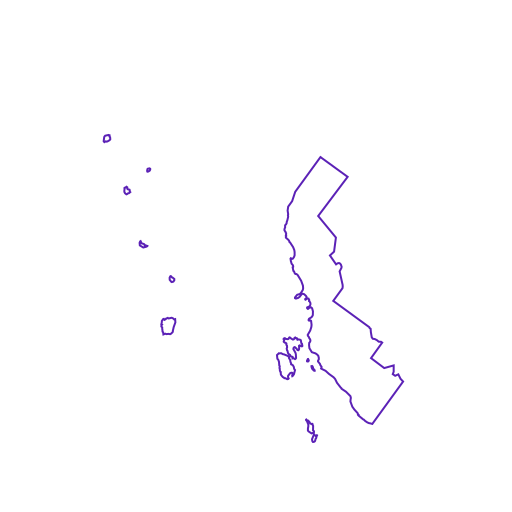 the district of Wewak District, East Sepik, Papua New Guinea, rotated 216°
{"feature_id": "67681753B19768820203242", "entity_name": "Wewak District", "entity_type": "district", "adm_level": 2, "iso_a3": "PNG", "parent_name": "Papua New Guinea", "parent_adm1": "East Sepik", "projection": "equal_earth", "projection_center": [143.741, -3.588], "detail": "fine", "context": "isolated", "style": "outline", "palette": "violet", "viewbox_px": 512, "rotation_deg": 216, "n_neighbors": 0, "source": "geoboundaries", "source_scale": "gbopen_adm2", "svg_char_len": 6148}
<svg xmlns="http://www.w3.org/2000/svg" viewBox="0 0 512 512"><g transform="rotate(216 256 256)"><path d="M63.2,240.9L66.9,241.6L71.3,243.9L73.0,240.9L75.9,240.8L76.6,243.3L80.3,248.4L86.4,240.7L102.9,241.0L103.0,260.1L104.4,260.1L106.4,258.8L108.7,259.0L111.2,258.6L112.8,257.7L114.5,258.2L118.3,261.9L120.5,264.5L121.7,264.5L122.6,265.0L167.1,265.1L167.1,280.8L167.8,282.1L168.9,283.5L179.3,292.7L179.9,296.6L180.4,297.6L182.2,298.9L183.5,299.3L184.7,299.1L185.5,298.3L186.0,297.3L186.3,296.3L196.5,299.9L195.4,305.4L202.2,317.9L229.2,324.9L228.4,373.9L262.0,373.9L262.0,331.0L259.0,321.6L259.0,314.9L257.1,311.3L254.5,308.7L254.2,307.8L253.3,307.0L252.9,306.3L251.6,303.2L251.2,301.7L250.5,300.5L250.3,299.2L250.5,298.7L250.4,297.8L249.2,296.2L249.0,295.1L248.3,293.7L247.4,293.2L246.3,292.9L245.7,292.3L245.1,292.2L244.5,291.5L244.0,290.2L243.3,290.0L243.1,288.9L242.5,288.4L239.3,288.1L238.1,287.7L237.0,286.9L236.4,287.0L231.2,285.0L228.5,283.3L227.1,281.9L225.2,279.3L224.7,277.7L224.6,275.7L224.8,275.2L225.2,274.8L226.5,274.7L226.5,274.1L224.4,272.0L224.1,271.9L223.1,271.0L222.4,270.6L220.9,270.3L219.9,269.6L219.5,268.9L219.7,268.4L217.0,265.9L216.1,265.9L214.9,265.0L213.6,264.6L212.6,265.2L211.1,265.1L204.9,262.5L200.6,259.6L198.9,257.6L198.2,256.1L198.0,253.6L198.0,252.4L198.2,251.0L199.9,248.8L200.1,245.4L199.6,244.8L198.7,245.0L197.3,246.8L196.7,248.6L196.6,252.2L196.2,252.8L194.6,253.4L192.2,253.1L191.1,252.7L190.7,252.2L190.6,251.0L190.9,250.1L190.7,249.8L190.3,249.7L190.1,250.0L190.0,250.6L189.3,252.0L188.5,252.4L187.1,251.7L186.9,251.1L186.6,250.7L186.1,250.8L184.3,249.9L183.5,248.8L183.2,247.8L183.2,246.4L184.2,244.9L184.4,244.4L183.9,243.8L182.9,243.7L182.7,244.0L182.7,244.8L182.2,245.7L181.3,246.8L179.9,246.7L177.4,244.7L175.3,241.6L175.1,240.7L175.1,239.1L176.2,236.4L176.0,235.4L175.6,234.9L175.0,234.9L174.1,235.9L173.3,235.9L170.6,233.0L169.5,231.1L168.3,227.5L167.8,222.6L167.2,222.0L165.3,221.4L164.4,220.7L163.4,220.5L162.6,219.9L162.1,219.3L161.8,218.1L161.9,217.0L160.7,215.1L158.6,212.8L154.3,211.0L150.6,212.2L148.5,212.2L147.0,211.9L145.4,210.6L144.5,209.4L144.2,207.6L143.8,207.1L140.8,206.3L139.9,205.6L137.7,204.8L137.3,203.9L137.3,203.3L137.1,203.2L132.2,204.0L127.7,203.5L121.9,203.5L119.7,203.0L115.9,201.0L110.0,199.3L109.3,199.3L108.7,198.9L103.4,199.1L97.2,198.1L95.8,196.9L95.3,195.8L94.1,193.8L89.5,190.7L86.2,189.6L81.4,188.6L80.9,188.3L80.3,187.5L80.0,187.4L79.5,187.7L79.1,187.2L73.4,186.8L72.6,187.0L70.8,186.7L68.2,186.8L66.3,187.2L65.4,187.7L63.2,188.5L63.2,240.9ZM163.1,173.8L162.2,174.0L161.2,173.8L160.4,174.4L158.3,174.7L157.6,175.5L157.6,176.1L158.0,176.2L159.1,177.1L159.6,177.9L159.6,178.4L159.5,181.3L158.9,182.3L158.0,182.8L157.2,182.5L156.4,180.4L156.0,180.1L155.8,180.6L155.8,182.6L157.4,186.7L158.8,187.1L160.1,188.4L161.7,189.2L162.3,189.3L163.9,189.0L164.4,189.7L165.9,190.6L167.2,191.9L169.3,192.8L169.7,193.5L170.1,193.7L171.7,193.8L175.5,192.9L176.4,192.4L178.6,192.1L179.8,190.9L180.3,190.8L180.8,188.2L178.3,185.4L177.1,185.2L175.2,183.9L172.8,181.1L172.0,180.8L171.2,179.2L170.8,179.1L169.3,177.3L168.2,176.6L167.8,176.7L166.4,174.9L165.5,174.4L163.1,173.8ZM166.9,195.8L166.2,194.6L165.4,195.4L163.8,195.5L163.6,195.9L163.6,197.0L166.0,199.9L167.2,200.9L171.1,202.7L171.6,204.0L171.5,204.5L171.1,205.1L168.8,204.9L167.1,204.3L166.3,204.7L166.3,205.6L166.9,206.8L168.4,208.6L168.3,209.1L168.0,209.5L166.6,209.5L166.0,209.7L165.6,210.1L165.6,210.5L167.2,212.0L168.2,212.2L170.2,214.2L171.0,214.2L172.5,213.6L173.2,212.6L173.5,212.6L174.2,213.4L174.8,213.5L175.5,212.9L176.4,213.1L176.7,212.3L176.4,211.6L176.5,210.8L177.0,210.1L178.8,209.9L180.9,210.0L181.2,209.5L181.0,208.0L181.4,207.4L183.3,206.4L184.4,206.5L184.9,205.8L184.9,205.2L184.2,205.3L183.9,205.0L183.4,203.2L183.1,202.9L181.8,202.8L181.1,203.2L180.0,203.1L179.3,202.0L178.3,201.7L177.2,200.5L176.8,199.2L175.5,198.0L174.8,197.8L173.1,196.3L171.4,195.8L170.5,196.0L168.8,195.3L168.3,195.3L167.4,195.8L166.9,195.8ZM291.7,145.0L291.7,144.3L291.1,143.3L289.9,143.1L288.8,141.6L288.2,141.2L287.6,140.3L287.0,139.8L286.3,139.7L284.8,138.1L283.8,139.8L282.6,140.1L281.1,141.5L279.5,142.3L279.1,143.1L278.7,145.3L278.8,145.9L279.3,146.6L280.8,150.1L282.2,154.9L284.3,157.4L284.9,156.6L286.3,156.8L287.8,156.5L288.2,156.2L289.5,154.6L290.2,154.0L291.0,154.1L292.0,152.4L291.9,151.8L292.5,150.6L293.6,151.0L294.0,150.5L294.0,148.2L292.8,146.2L292.5,145.1L292.2,144.8L291.7,145.0ZM110.6,145.0L106.8,145.1L106.1,146.2L105.5,146.3L105.2,146.6L105.4,147.3L106.1,148.3L107.4,148.5L109.9,152.1L110.8,152.6L111.5,153.3L111.9,153.3L112.3,152.7L113.8,152.4L115.1,153.1L117.1,153.5L118.2,153.0L119.2,153.3L119.3,153.0L119.1,152.7L117.6,152.3L114.5,150.3L113.3,148.5L112.8,147.3L111.5,145.4L110.6,145.0ZM446.4,267.3L448.7,264.7L448.8,263.7L448.7,263.0L446.7,259.3L445.6,259.0L444.9,260.5L444.1,260.7L443.5,261.4L442.5,263.7L442.5,264.1L442.5,264.8L443.9,266.4L444.8,266.5L445.4,267.6L446.4,267.3ZM402.4,233.6L401.8,233.1L401.0,231.6L400.2,230.5L398.8,229.8L397.1,229.7L396.7,230.3L396.4,231.4L395.7,232.2L395.3,233.8L396.1,234.0L396.8,235.0L397.3,235.3L399.1,234.6L399.7,234.8L400.5,235.9L401.5,235.9L401.8,234.8L402.3,234.1L402.4,233.6ZM104.1,145.2L103.0,140.7L101.7,139.4L100.7,139.0L100.0,139.5L99.6,140.3L99.5,141.1L100.3,143.1L100.3,144.1L100.9,145.4L101.2,146.8L101.4,146.8L101.7,145.7L101.9,145.4L103.8,145.8L104.1,145.2ZM357.9,198.2L356.2,196.3L352.2,196.6L350.3,198.9L349.7,200.1L349.8,200.3L350.3,200.0L351.5,199.8L352.4,199.2L353.0,199.7L353.8,199.8L355.9,199.0L358.1,200.2L358.3,199.7L357.9,198.2ZM313.4,189.1L313.1,187.6L311.8,186.0L309.2,185.3L308.8,185.4L307.8,186.7L307.8,188.3L308.6,189.4L310.6,189.5L311.6,189.3L312.7,189.7L313.3,189.5L313.4,189.1ZM393.7,264.3L394.9,262.9L394.9,262.5L394.2,261.0L393.6,260.4L393.2,260.5L392.7,261.2L392.2,262.4L392.2,262.9L392.4,263.8L392.9,264.4L393.7,264.3ZM144.4,197.8L141.9,197.3L141.1,197.6L141.3,198.0L142.3,198.4L143.6,198.3L144.4,199.4L145.6,200.0L146.0,200.0L146.4,199.5L145.9,198.9L144.4,197.8ZM153.5,203.1L153.2,201.3L152.8,200.8L152.0,201.1L151.7,201.6L151.9,202.5L152.7,203.0L153.3,203.3L153.5,203.1Z" fill="none" stroke="#5b21b6" stroke-width="2"/></g></svg>